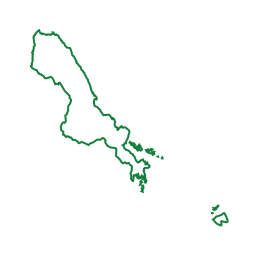 Morowali, Sulawesi Tengah, Indonesia, rotated 355°
{"feature_id": "22746128B26432903559283", "entity_name": "Morowali", "entity_type": "district", "adm_level": 2, "iso_a3": "IDN", "parent_name": "Indonesia", "parent_adm1": "Sulawesi Tengah", "projection": "equal_earth", "projection_center": [122.297, -2.895], "detail": "fine", "context": "isolated", "style": "outline", "palette": "green", "viewbox_px": 256, "rotation_deg": 355, "n_neighbors": 0, "source": "geoboundaries", "source_scale": "gbopen_adm2", "svg_char_len": 5909}
<svg xmlns="http://www.w3.org/2000/svg" viewBox="0 0 256 256"><g transform="rotate(355 128 128)"><path d="M103.2,136.4L104.5,138.5L104.1,139.8L104.3,140.9L106.1,144.1L109.3,146.0L112.5,146.5L114.4,147.4L114.4,149.5L113.6,154.7L117.1,158.6L118.8,161.9L119.9,162.7L122.1,161.9L123.5,163.3L125.4,162.8L125.9,163.0L126.6,164.8L128.5,166.1L128.1,170.2L126.5,173.9L127.2,176.3L126.5,178.8L127.9,181.1L128.4,181.2L128.7,180.4L129.6,175.7L130.3,176.1L131.4,175.4L131.5,176.1L131.9,176.2L132.9,175.2L133.6,175.5L133.4,175.1L134.1,174.6L134.3,175.1L133.6,176.0L134.2,176.4L133.5,177.3L133.6,177.8L132.9,178.1L133.2,178.8L133.8,179.0L133.9,177.8L134.5,177.4L134.8,177.7L134.5,178.5L134.7,178.1L134.7,178.7L135.1,178.5L135.0,179.1L135.8,178.9L135.7,179.4L136.9,177.9L136.9,178.3L137.2,178.0L137.1,177.1L137.5,176.6L138.2,177.7L138.2,179.5L139.0,178.9L139.4,179.4L139.1,179.8L139.7,179.7L139.8,180.5L139.5,180.1L139.4,180.6L139.9,181.2L139.8,182.0L140.0,181.7L140.3,182.3L140.3,181.8L141.0,181.2L140.6,180.0L140.9,179.1L140.4,178.9L140.4,178.2L139.8,177.4L140.1,177.1L140.2,177.7L140.6,177.7L140.5,177.4L140.9,176.8L140.6,176.5L140.6,176.0L140.8,175.9L139.8,171.8L140.5,171.1L140.4,170.0L141.2,169.3L144.7,169.4L146.0,168.6L146.3,167.8L144.2,165.4L144.2,164.0L143.0,164.1L143.5,164.6L143.7,165.8L142.2,165.7L142.0,162.9L140.9,162.7L140.4,162.1L140.2,160.7L138.2,161.2L136.9,162.1L136.9,162.5L135.9,162.6L135.4,163.3L134.4,162.8L133.1,161.0L132.1,157.4L130.8,155.8L130.7,154.9L128.2,153.1L127.5,151.4L125.7,150.1L124.4,149.8L123.5,148.6L122.6,148.0L121.9,144.7L121.3,144.8L121.2,144.7L123.0,143.9L123.3,143.0L124.6,143.1L124.9,141.4L127.6,136.8L127.8,135.3L129.0,132.7L129.1,131.7L128.5,130.2L126.1,127.7L124.7,126.9L123.3,127.3L122.3,127.0L122.1,127.5L122.2,126.0L121.8,125.6L120.6,126.4L120.7,126.8L119.3,126.9L118.2,128.8L117.4,128.9L117.0,126.3L115.6,125.7L115.0,124.5L115.0,122.8L115.8,121.0L114.9,118.0L114.2,117.3L113.6,117.9L112.8,117.5L111.3,114.2L110.2,113.1L104.6,113.1L102.8,109.8L102.2,109.3L101.9,107.6L98.7,104.1L96.7,103.2L96.3,99.9L96.7,97.0L97.7,96.3L99.0,96.9L99.5,96.2L99.3,94.6L98.1,92.9L97.4,93.1L96.6,90.8L95.7,90.4L95.7,90.0L96.1,89.5L95.3,88.6L94.5,86.7L94.2,83.3L93.2,79.7L92.5,78.4L92.3,76.4L91.2,74.7L90.2,71.9L89.7,71.4L89.4,69.5L88.8,69.1L88.1,67.2L87.1,66.4L86.4,65.1L86.3,63.8L85.7,62.6L84.7,61.8L83.9,60.2L82.5,58.8L82.6,57.4L82.1,57.1L81.8,55.2L80.6,53.1L80.4,52.0L78.9,50.7L78.3,46.9L77.3,43.4L74.2,42.6L72.4,40.2L71.7,38.0L70.2,37.2L70.0,35.8L69.0,35.2L68.5,33.4L67.3,32.3L66.7,29.9L65.5,29.4L64.7,28.5L63.9,29.0L63.2,28.7L62.1,26.4L61.7,26.3L62.2,27.4L60.3,28.1L60.7,28.9L60.0,27.7L58.5,28.5L57.0,27.8L55.8,27.8L55.2,28.3L51.5,26.6L50.8,26.9L50.6,26.3L49.7,26.4L48.7,25.5L48.0,22.9L46.4,23.8L43.9,26.2L43.4,27.5L42.5,27.8L41.8,29.0L41.9,33.5L42.5,37.5L41.1,39.0L41.1,40.6L40.5,41.8L40.4,43.0L39.8,43.0L39.4,44.6L39.1,44.7L39.3,45.4L39.9,45.6L39.8,46.3L39.1,47.5L39.3,48.9L38.8,50.5L39.1,50.8L38.8,52.6L38.4,54.2L37.9,54.9L37.7,57.1L36.8,57.5L36.8,57.9L37.2,58.0L37.2,59.2L39.2,61.1L42.3,62.6L43.5,65.8L44.1,65.7L45.0,66.8L46.2,67.1L46.5,67.8L48.1,68.5L49.6,71.2L52.3,71.3L55.0,70.3L56.5,71.0L57.6,72.7L59.3,78.0L60.7,77.6L62.5,78.4L63.1,77.0L64.1,77.0L68.2,85.5L72.6,90.8L72.4,92.8L73.7,94.9L73.6,96.0L72.4,98.7L70.9,100.2L70.3,101.3L69.9,105.5L68.7,107.6L68.6,108.5L66.6,110.2L66.7,115.8L65.5,117.3L64.1,116.7L62.9,117.6L61.1,120.7L61.4,124.4L63.3,126.3L62.7,128.9L63.6,129.1L64.5,130.4L65.4,130.7L65.7,131.6L67.4,131.0L68.3,131.5L68.6,132.2L70.1,132.3L71.2,133.5L71.7,134.8L72.4,135.2L73.8,135.0L76.7,137.1L77.3,138.5L78.2,138.9L80.7,137.8L87.3,141.5L89.2,140.0L91.8,139.4L96.3,136.9L99.6,137.2L102.0,135.7L103.2,136.4ZM216.6,221.3L215.7,221.2L213.6,222.7L208.1,224.0L206.9,225.3L204.7,226.5L207.8,230.8L211.3,232.9L212.4,233.1L212.8,232.0L212.6,229.5L213.0,229.0L217.8,230.5L218.7,230.3L219.2,229.3L218.3,225.2L216.6,221.3ZM138.7,145.2L138.0,145.3L137.3,146.1L136.2,148.1L136.7,149.0L137.6,149.2L137.2,149.6L137.2,150.4L138.6,151.6L139.6,151.3L140.2,150.3L138.6,147.9L138.8,147.0L137.6,146.6L137.9,145.6L138.7,145.2ZM147.8,152.1L146.5,151.2L146.3,151.8L146.7,152.5L146.7,153.4L146.3,153.5L146.0,154.2L147.4,155.1L149.6,155.5L149.9,155.2L149.4,151.9L148.6,151.3L147.8,152.1ZM131.2,143.8L129.1,142.3L129.1,142.9L128.6,143.0L129.5,143.9L129.5,144.4L129.9,144.3L129.7,144.8L130.7,145.7L132.4,146.2L132.5,145.8L131.7,145.2L133.3,144.9L132.6,143.8L131.2,143.8ZM211.2,213.5L211.5,212.5L210.1,214.0L207.4,215.5L206.1,215.2L206.6,216.4L206.1,216.7L206.9,217.3L208.3,216.7L211.2,213.5ZM135.8,147.1L134.0,147.2L133.1,147.9L133.0,148.5L134.5,149.2L134.9,148.7L135.8,149.0L136.1,147.5L135.8,147.1ZM144.7,151.2L143.8,151.5L144.6,153.1L145.9,153.9L146.3,153.1L145.5,151.6L144.7,151.2ZM141.8,182.4L141.2,181.0L140.6,182.9L140.1,182.5L140.5,183.4L140.3,183.8L140.7,183.9L141.1,182.7L141.0,183.2L141.2,183.4L141.8,182.4ZM137.6,186.8L137.0,187.2L137.3,188.2L136.7,189.3L136.8,189.6L137.0,189.7L136.9,189.2L137.2,188.9L137.6,189.7L138.1,189.3L138.1,188.5L137.6,189.0L137.8,188.0L138.1,188.0L138.0,187.6L137.8,187.8L137.6,186.8ZM136.6,181.9L135.6,182.8L136.0,184.4L136.6,183.5L136.6,182.5L136.9,182.6L136.6,181.9ZM137.1,191.6L136.5,191.2L136.7,192.2L136.3,192.4L137.1,192.8L137.1,191.6ZM151.7,154.2L151.0,154.2L150.8,155.2L151.7,155.3L151.4,154.5L151.7,154.2ZM136.1,151.3L136.3,150.1L135.3,150.7L135.7,151.3L136.1,151.3ZM150.7,155.8L150.0,156.0L150.3,156.8L151.0,156.3L150.7,155.8ZM159.8,161.3L159.7,160.3L159.6,160.2L159.1,161.2L159.8,161.3ZM205.0,220.2L204.6,219.9L203.6,219.7L204.7,220.4L205.0,220.2ZM156.4,159.0L155.2,159.1L155.5,159.4L156.4,159.0ZM152.3,155.9L151.5,156.0L151.2,156.4L151.4,156.5L152.3,155.9ZM149.8,150.9L149.4,151.2L150.3,151.3L150.2,151.2L149.8,150.9ZM132.9,146.6L132.5,146.7L132.4,147.2L132.9,147.3L132.9,146.6ZM135.8,185.2L135.7,184.3L135.2,185.4L135.8,185.2ZM113.4,116.7L112.8,116.8L113.0,117.4L113.4,117.3L113.4,116.7Z" fill="none" stroke="#15803d" stroke-width="2"/></g></svg>